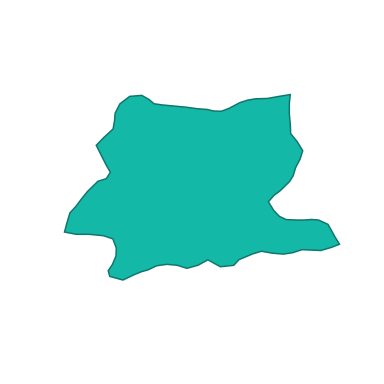 outline of Cândido Rodrigues, São Paulo, Brazil, rotated 243°
{"feature_id": "56859067B92304644979095", "entity_name": "Cândido Rodrigues", "entity_type": "district", "adm_level": 2, "iso_a3": "BRA", "parent_name": "Brazil", "parent_adm1": "São Paulo", "projection": "natural_earth1", "projection_center": [-48.632, -21.34], "detail": "fine", "context": "isolated", "style": "filled", "palette": "teal", "viewbox_px": 384, "rotation_deg": 243, "n_neighbors": 0, "source": "geoboundaries", "source_scale": "gbopen_adm2", "svg_char_len": 1227}
<svg xmlns="http://www.w3.org/2000/svg" viewBox="0 0 384 384"><g transform="rotate(243 192 192)"><path d="M300.9,191.1L305.5,179.9L303.3,167.8L297.1,159.3L290.6,155.3L284.0,150.3L280.6,138.2L277.1,127.9L264.3,127.8L254.3,127.8L246.6,128.2L242.8,121.6L244.3,113.1L239.9,99.1L236.2,90.8L232.0,82.3L228.8,73.7L221.1,66.4L214.2,60.2L206.7,69.9L201.2,80.8L193.3,93.2L186.2,100.2L176.4,99.1L169.5,95.2L163.5,88.1L159.9,81.6L154.1,80.4L149.5,85.5L144.9,90.5L144.6,102.6L144.0,110.3L142.6,117.3L142.3,127.0L139.0,136.7L133.4,145.6L126.3,152.8L124.0,164.3L124.4,175.3L112.5,183.4L107.7,195.9L110.4,203.2L109.3,218.1L107.7,227.0L101.2,235.5L95.2,245.2L92.3,253.8L90.7,263.8L86.4,271.4L81.4,280.2L79.3,291.5L78.5,299.7L87.4,299.0L101.4,298.5L109.6,292.0L113.2,286.1L116.2,279.0L119.8,272.0L124.6,263.5L130.6,258.8L138.0,256.5L148.6,255.6L151.8,263.5L153.1,271.2L157.0,283.7L160.6,289.6L166.6,295.3L172.2,303.2L178.5,309.4L189.1,308.6L199.2,306.4L206.7,309.9L217.9,314.4L227.0,319.1L234.2,323.8L237.8,312.6L241.1,301.7L246.1,291.1L248.6,283.3L249.9,275.2L249.7,263.2L250.6,254.9L254.3,248.1L258.7,242.9L263.7,234.7L270.6,224.7L283.3,204.7L287.9,198.2L293.8,195.8L300.9,191.1Z" fill="#14b8a6" stroke="#0f766e" stroke-width="1.5"/></g></svg>